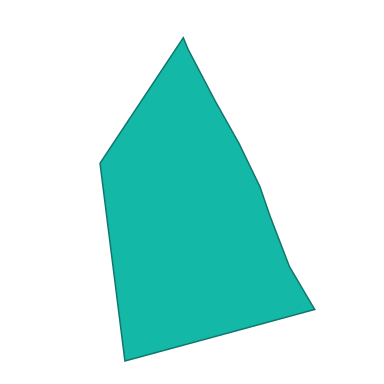 El Arish 1, Shamal Sina', Egypt (Mercator projection), rotated 79°
{"feature_id": "37247803B82765364508611", "entity_name": "El Arish 1", "entity_type": "district", "adm_level": 2, "iso_a3": "EGY", "parent_name": "Egypt", "parent_adm1": "Shamal Sina'", "projection": "mercator", "projection_center": [33.823, 31.13], "detail": "fine", "context": "isolated", "style": "filled", "palette": "teal", "viewbox_px": 384, "rotation_deg": 79, "n_neighbors": 0, "source": "geoboundaries", "source_scale": "gbopen_adm2", "svg_char_len": 310}
<svg xmlns="http://www.w3.org/2000/svg" viewBox="0 0 384 384"><g transform="rotate(79 192 192)"><path d="M345.1,290.1L330.7,93.9L329.6,94.4L283.8,110.6L230.5,120.0L199.8,124.3L153.3,136.6L107.4,151.8L50.9,168.7L38.9,171.1L146.2,276.8L345.1,290.1Z" fill="#14b8a6" stroke="#0f766e" stroke-width="1.5"/></g></svg>